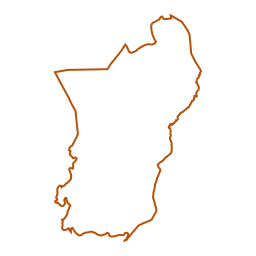 Al Radoum, Southern Darfur, Sudan (Natural Earth projection)
{"feature_id": "16777658B70477888733853", "entity_name": "Al Radoum", "entity_type": "district", "adm_level": 2, "iso_a3": "SDN", "parent_name": "Sudan", "parent_adm1": "Southern Darfur", "projection": "natural_earth1", "projection_center": [24.105, 9.73], "detail": "fine", "context": "isolated", "style": "outline", "palette": "amber", "viewbox_px": 256, "rotation_deg": 0, "n_neighbors": 0, "source": "geoboundaries", "source_scale": "gbopen_adm2", "svg_char_len": 5765}
<svg xmlns="http://www.w3.org/2000/svg" viewBox="0 0 256 256"><path d="M170.8,15.4L171.1,18.4L166.8,19.0L164.1,19.1L163.3,18.6L163.0,18.0L162.0,16.6L161.7,16.5L161.2,16.7L160.4,17.4L159.8,18.6L159.2,19.4L155.6,21.5L153.1,22.6L151.7,24.1L151.1,25.8L151.6,30.9L152.6,35.1L154.4,39.3L155.9,41.6L154.7,43.5L152.0,44.5L147.9,44.2L144.4,45.3L139.7,47.9L135.3,51.3L131.4,52.8L129.4,52.1L128.0,49.3L126.8,46.4L125.2,44.6L121.3,50.8L116.6,56.8L110.7,64.0L107.4,69.2L72.9,69.8L67.8,69.9L54.9,72.2L61.9,85.3L68.5,97.3L68.8,97.7L69.6,99.8L71.2,103.2L74.2,108.7L75.6,111.2L75.8,113.7L77.0,125.5L77.9,133.7L77.8,134.3L76.2,138.0L75.7,138.6L74.3,141.6L73.8,142.5L72.7,144.7L72.2,145.5L71.7,145.9L71.0,146.1L70.2,147.1L69.6,147.9L69.0,149.5L69.1,150.3L69.5,150.6L70.3,150.9L70.4,151.5L69.9,152.8L69.8,153.6L69.9,154.5L70.1,154.8L70.8,155.6L71.1,155.8L71.8,156.7L72.6,157.4L72.7,157.8L73.3,158.3L73.8,158.1L74.3,157.8L75.1,157.5L75.6,157.6L75.1,157.5L75.6,157.6L76.4,158.3L76.6,159.0L75.8,160.5L75.1,161.2L74.6,161.9L73.7,162.5L73.2,163.3L73.1,163.9L73.1,165.1L73.2,166.0L73.0,167.9L73.0,168.6L72.6,168.7L72.2,168.6L71.5,168.3L70.3,167.9L69.5,168.7L69.2,169.6L69.3,170.1L70.4,173.0L71.0,174.2L71.2,175.0L71.2,176.0L70.9,178.5L70.6,179.6L69.3,180.8L68.6,181.8L68.1,182.3L67.6,182.6L66.4,183.1L66.0,183.7L64.9,185.0L64.3,185.5L63.9,185.8L63.1,186.2L63.9,185.8L64.3,185.5L64.8,185.0L65.9,183.7L66.3,183.1L66.9,182.9L67.6,182.6L68.0,182.3L68.4,182.0L68.6,181.8L69.3,180.8L70.6,179.6L70.9,178.5L71.2,176.0L71.1,175.0L71.2,175.9L70.9,178.4L70.6,179.6L69.3,180.8L68.4,181.9L68.0,182.3L67.6,182.6L66.3,183.1L65.9,183.7L64.3,185.5L63.9,185.8L63.1,186.2L62.8,186.1L62.3,186.2L62.1,186.5L61.7,187.1L61.5,187.3L61.2,186.8L61.2,186.2L61.0,185.8L60.6,185.6L59.9,185.6L59.2,186.0L58.7,186.5L57.7,187.8L57.3,189.6L57.3,190.8L57.4,192.4L57.6,193.7L57.1,194.6L57.0,195.3L56.2,197.6L56.2,198.0L57.2,199.1L57.3,199.5L57.1,200.1L55.4,201.0L55.1,201.9L55.4,202.4L56.6,202.7L57.4,202.8L58.1,203.0L58.6,203.4L59.1,204.1L60.9,205.6L62.0,206.0L63.2,205.9L64.1,205.0L64.6,204.3L65.1,202.7L65.0,202.0L64.4,201.1L64.2,200.0L64.8,199.1L65.1,198.2L65.8,197.9L66.4,198.2L66.6,199.0L66.5,199.8L66.7,200.6L67.3,201.3L67.5,202.1L67.8,202.8L68.1,203.6L68.3,203.8L69.2,204.1L69.7,204.5L70.0,205.0L70.3,205.6L70.3,206.1L69.7,206.6L69.4,207.0L69.2,207.6L69.1,208.3L68.3,209.9L68.3,210.1L67.8,211.0L67.8,211.5L67.5,212.2L67.4,213.5L66.4,215.6L66.0,216.2L65.5,217.1L64.4,218.5L63.8,219.2L62.7,219.6L62.1,219.6L62.2,220.1L62.5,220.3L62.8,220.9L62.8,221.5L62.3,222.8L62.4,223.3L62.7,224.7L62.1,227.9L62.1,228.3L62.7,229.4L63.1,229.5L63.9,230.0L65.0,230.0L66.3,229.8L68.0,228.5L68.7,228.3L69.1,228.5L69.4,229.0L69.4,229.7L69.5,230.2L69.9,230.7L70.9,231.9L70.9,230.4L71.5,228.3L72.1,227.8L72.4,227.9L72.7,228.1L73.8,230.3L74.3,230.8L75.5,232.6L78.4,235.1L79.1,235.4L80.1,235.4L80.6,235.3L81.6,234.9L83.0,233.8L83.9,233.3L85.5,232.7L89.9,232.0L91.2,231.5L92.0,231.6L92.6,232.0L93.4,232.4L94.8,232.7L95.3,232.9L95.7,233.2L96.5,234.0L97.1,234.3L99.7,235.2L100.4,235.6L102.0,235.3L103.0,234.7L104.2,234.6L105.6,234.1L106.1,233.6L106.5,233.2L107.0,232.8L108.1,233.2L108.6,233.5L109.0,233.9L109.1,234.4L109.3,235.7L109.6,236.0L112.0,236.6L112.9,236.5L113.7,236.3L114.1,236.4L115.1,236.2L116.2,235.8L117.3,235.5L119.0,234.9L119.8,234.9L122.2,235.3L122.8,235.2L123.5,235.1L124.4,234.3L125.0,233.1L126.3,232.8L126.9,232.8L128.0,233.5L128.2,233.9L128.2,235.0L127.2,237.3L126.8,238.6L126.4,239.5L125.6,239.6L125.1,239.9L124.7,240.3L124.6,240.6L126.5,240.0L126.7,239.6L130.6,234.8L138.1,226.0L138.9,225.3L139.9,224.8L142.0,224.0L142.6,223.5L148.3,221.3L150.3,220.4L151.0,220.0L151.6,219.6L156.3,211.4L156.3,210.3L156.1,208.3L155.8,207.0L154.8,204.3L154.9,203.5L154.3,202.0L154.3,201.4L153.8,200.0L153.7,199.4L153.4,199.0L153.0,197.0L153.2,196.4L153.2,196.0L153.5,193.7L153.5,193.2L153.4,192.6L154.3,189.5L154.9,186.3L155.0,185.2L155.0,184.4L155.7,182.7L156.6,180.5L156.6,179.9L157.2,177.8L157.7,177.2L159.0,173.6L160.4,170.4L160.4,169.7L159.6,168.4L158.9,167.8L158.3,166.9L157.8,165.2L157.8,165.3L157.8,164.6L158.2,164.1L160.0,162.6L161.4,161.6L162.2,161.1L163.1,160.5L163.6,159.8L163.9,159.2L164.3,159.1L165.6,157.6L170.5,153.7L171.1,152.6L171.5,151.5L171.5,150.6L171.8,149.8L171.7,147.5L171.8,145.9L171.6,145.3L171.5,144.8L171.7,143.9L171.7,143.3L171.4,142.5L171.1,141.2L170.8,140.5L170.4,140.0L170.1,139.6L169.9,138.7L170.0,138.1L170.1,137.2L170.6,136.2L170.9,135.8L170.5,134.6L170.5,132.6L170.6,131.5L170.5,129.9L170.4,129.2L170.0,128.2L169.5,128.0L169.2,128.1L169.0,127.7L169.0,127.4L168.7,127.0L168.7,126.6L169.3,125.9L169.8,125.9L170.7,125.2L170.5,124.6L170.3,124.2L171.5,124.0L172.5,124.6L173.0,123.6L173.1,123.4L173.7,123.5L174.2,123.2L174.7,122.3L174.7,121.9L175.0,121.6L175.3,121.5L175.8,121.2L176.0,120.3L176.7,120.5L177.8,119.1L178.0,118.5L177.5,117.0L178.3,115.6L178.7,115.4L179.6,114.7L180.2,113.8L180.2,113.4L180.6,112.9L181.7,112.3L183.5,111.5L184.4,110.2L185.3,109.6L186.3,109.2L186.6,109.0L186.7,108.4L186.9,108.1L187.9,107.6L188.3,107.3L188.8,107.2L189.2,106.8L189.3,106.2L189.8,104.9L190.7,104.0L190.9,103.0L191.1,102.6L191.7,102.1L192.1,100.9L192.4,100.6L193.0,100.6L193.4,100.4L193.9,99.8L193.9,99.4L194.1,98.9L193.9,98.0L194.3,97.2L194.3,96.4L194.4,96.0L194.7,95.8L195.1,96.0L196.0,96.7L196.5,96.6L196.7,96.2L196.7,95.1L196.3,94.0L196.3,92.7L197.8,90.6L198.3,90.1L198.8,88.5L198.9,87.6L198.6,86.5L197.7,84.7L197.2,83.5L197.1,83.0L196.9,82.8L196.4,82.7L196.1,82.4L196.2,82.2L196.6,81.6L196.6,80.7L197.3,79.2L197.3,78.8L197.4,78.5L197.8,78.1L198.3,77.8L198.7,77.4L198.7,76.9L199.0,76.2L199.0,75.8L199.6,75.5L199.7,75.3L199.3,74.7L199.8,74.1L199.9,73.8L200.0,73.7L200.1,72.5L201.1,71.5L200.2,69.3L195.6,62.2L191.2,53.5L189.6,34.8L187.1,29.5L181.8,21.8L170.8,15.4Z" fill="none" stroke="#b45309" stroke-width="2"/></svg>